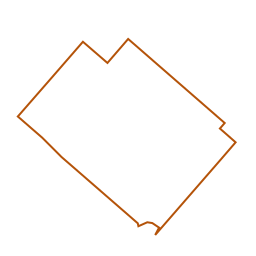 Craig, Oklahoma, United States of America (Robinson projection), rotated 131°
{"feature_id": "52423323B42646189341736", "entity_name": "Craig", "entity_type": "district", "adm_level": 2, "iso_a3": "USA", "parent_name": "United States of America", "parent_adm1": "Oklahoma", "projection": "robinson", "projection_center": [-95.173, 36.755], "detail": "fine", "context": "isolated", "style": "outline", "palette": "amber", "viewbox_px": 256, "rotation_deg": 131, "n_neighbors": 0, "source": "geoboundaries", "source_scale": "gbopen_adm2", "svg_char_len": 494}
<svg xmlns="http://www.w3.org/2000/svg" viewBox="0 0 256 256"><g transform="rotate(131 128 128)"><path d="M60.7,186.3L92.4,186.2L92.5,218.6L136.5,218.6L191.6,218.7L191.6,186.2L193.5,159.2L193.5,58.1L195.3,55.7L186.5,51.6L183.8,47.3L182.8,39.2L190.9,37.3L189.8,37.3L184.0,37.3L181.6,37.3L178.1,37.3L170.7,37.3L155.8,37.3L145.6,37.3L144.5,37.3L138.9,37.3L133.3,37.3L94.3,37.3L92.6,37.3L91.6,37.3L68.2,37.4L68.1,58.3L60.8,58.3L60.7,186.3Z" fill="none" stroke="#b45309" stroke-width="2"/></g></svg>